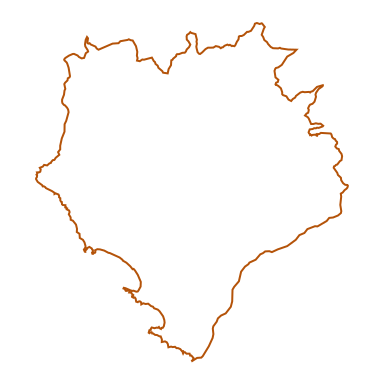 the district of Nasca, Ica, Peru
{"feature_id": "86281439B61745843991716", "entity_name": "Nasca", "entity_type": "district", "adm_level": 2, "iso_a3": "PER", "parent_name": "Peru", "parent_adm1": "Ica", "projection": "albers", "projection_center": [-75.123, -14.994], "detail": "fine", "context": "isolated", "style": "outline", "palette": "amber", "viewbox_px": 384, "rotation_deg": 0, "n_neighbors": 0, "source": "geoboundaries", "source_scale": "gbopen_adm2", "svg_char_len": 5813}
<svg xmlns="http://www.w3.org/2000/svg" viewBox="0 0 384 384"><path d="M304.4,233.0L307.4,229.1L315.0,226.2L317.5,226.4L326.7,221.0L329.2,217.9L333.1,217.5L338.0,215.5L340.9,213.1L341.3,211.2L340.3,204.9L341.2,196.6L340.8,193.6L342.7,192.5L344.6,190.1L346.4,188.8L347.4,187.6L347.9,185.8L347.4,185.0L345.2,184.8L343.1,183.2L341.2,180.2L340.9,177.7L337.9,174.9L337.3,172.9L333.7,167.8L334.0,166.4L335.0,166.0L336.0,164.9L337.3,164.5L339.8,161.2L341.5,160.1L342.1,156.2L341.5,153.9L339.2,150.9L338.7,149.0L336.9,148.5L335.3,146.6L335.9,144.8L337.1,143.6L337.1,142.0L335.6,140.5L335.1,139.2L333.6,138.6L332.2,137.2L331.4,134.4L330.7,133.5L320.9,132.9L319.2,134.0L317.9,134.1L316.6,136.6L317.2,134.7L316.3,133.3L316.8,135.0L314.5,134.7L312.6,134.9L311.6,135.5L311.1,134.9L310.1,135.1L310.0,134.0L309.1,133.5L308.6,132.3L309.7,129.4L312.7,129.0L314.1,128.2L315.9,128.3L317.0,127.7L318.7,127.9L322.7,126.4L323.2,125.8L320.6,123.7L318.2,123.8L315.9,123.3L313.2,124.0L311.1,124.0L308.8,118.6L307.8,117.2L305.0,115.5L306.5,113.6L308.2,112.7L308.8,109.9L308.1,108.2L309.4,105.5L310.2,104.6L312.5,103.8L314.5,101.7L316.0,96.8L315.5,94.6L316.1,92.7L318.5,89.1L322.1,86.6L322.9,85.7L322.8,85.2L317.0,86.9L312.7,91.2L311.1,91.6L310.1,92.5L309.1,91.9L304.7,92.2L302.7,91.8L300.4,92.5L295.9,96.0L295.2,97.5L292.7,99.1L291.2,101.0L288.5,99.6L286.4,96.3L283.0,95.1L282.2,94.2L282.2,92.2L280.9,88.3L278.4,86.0L276.7,85.0L275.9,85.0L275.5,84.4L276.1,82.7L277.8,82.0L278.4,79.8L275.5,77.4L274.5,70.9L275.3,68.7L275.9,68.0L278.2,67.4L281.8,64.9L287.2,56.6L293.4,53.0L296.5,49.7L288.1,49.5L281.1,48.5L279.9,47.8L278.2,48.4L273.0,48.2L270.7,46.9L268.0,43.9L267.1,42.2L264.3,40.0L263.2,37.0L261.7,34.8L263.9,28.5L264.8,27.0L262.1,23.5L261.6,23.3L259.7,24.0L256.9,23.0L254.9,23.7L254.2,25.9L251.0,30.8L248.3,31.9L247.0,31.9L243.8,35.0L241.7,36.0L240.0,36.0L238.9,36.5L238.5,39.4L236.9,41.7L235.2,45.4L234.4,46.2L232.6,45.8L231.9,46.1L229.9,44.8L228.8,45.3L227.4,44.6L224.5,45.8L222.9,47.3L221.7,47.5L220.8,48.2L219.0,46.8L215.8,46.1L213.3,47.6L207.9,47.7L205.5,49.1L202.2,52.4L200.1,54.0L199.1,53.8L197.6,52.2L196.6,48.3L196.3,46.6L196.9,43.7L196.5,41.6L196.9,39.8L195.5,34.1L191.2,32.9L190.3,32.1L188.9,33.7L187.1,34.8L186.6,36.3L186.8,39.6L188.5,41.4L190.3,44.6L189.1,47.1L186.7,49.5L185.9,51.5L184.8,52.7L182.4,52.8L179.1,54.1L177.0,54.2L176.2,55.2L176.1,56.2L173.1,58.7L172.5,59.8L171.3,60.3L171.0,65.2L168.6,69.1L167.7,73.4L163.1,72.7L162.3,71.1L158.4,67.8L157.7,65.7L155.5,63.9L155.0,62.1L153.8,61.1L151.9,57.6L144.0,59.7L142.3,59.5L139.8,61.2L137.0,60.6L137.6,58.1L136.9,55.7L137.3,51.8L136.0,46.2L132.7,40.5L130.7,40.2L128.8,39.3L127.7,39.9L120.4,41.2L118.5,43.2L112.6,43.6L98.5,49.7L96.7,48.5L95.5,46.6L90.6,44.4L89.6,43.2L88.4,43.6L87.6,43.2L87.4,42.5L88.0,38.3L87.0,37.0L85.7,39.8L85.0,44.3L85.3,46.4L87.7,50.2L88.1,51.6L85.8,53.2L84.1,57.9L81.7,58.4L79.0,57.0L77.6,55.5L74.0,53.9L72.7,54.0L69.0,55.6L65.3,58.0L64.2,59.4L64.4,60.3L66.7,62.5L67.3,63.8L68.6,67.7L70.0,76.2L69.5,77.4L67.8,78.3L67.5,80.4L65.1,82.7L64.3,84.1L65.3,88.9L64.5,90.6L64.0,94.7L62.1,99.6L62.1,101.7L62.4,103.1L63.9,104.9L64.9,105.3L67.0,107.6L68.1,109.5L68.6,112.2L66.2,120.9L64.6,124.2L64.5,131.7L61.8,138.4L60.2,145.7L60.2,149.4L58.1,152.1L59.3,154.8L55.7,157.8L54.4,159.9L52.7,160.2L51.2,162.0L50.9,162.9L49.4,163.4L47.2,165.4L44.1,164.9L42.8,166.6L39.8,167.8L40.7,169.5L40.3,171.6L39.6,172.2L37.0,172.4L37.4,173.4L36.5,174.7L37.1,175.3L36.9,177.1L36.1,178.3L36.1,179.2L37.7,181.9L42.2,185.2L42.7,186.4L43.8,186.3L45.3,187.2L45.9,188.1L52.0,191.1L54.5,192.8L54.5,194.0L55.7,193.4L58.5,194.5L59.1,195.9L59.1,197.3L60.3,198.2L60.3,200.4L61.1,201.8L61.8,202.0L62.0,204.3L62.8,205.0L65.4,205.2L65.3,206.4L65.9,207.0L65.5,207.5L66.3,207.8L66.5,208.9L67.2,208.7L67.2,209.6L69.1,210.5L69.6,212.1L68.8,214.3L70.6,217.3L70.7,219.8L72.9,220.7L76.0,224.6L77.0,228.8L76.8,232.0L79.5,233.8L79.8,238.0L82.9,239.8L84.5,242.4L85.5,246.0L85.5,247.3L83.9,249.6L84.8,251.7L85.3,251.8L85.3,250.6L86.8,249.2L87.2,248.1L89.4,246.9L91.8,248.5L92.1,249.5L92.9,250.1L92.9,251.4L92.0,252.7L92.4,253.8L93.2,253.8L94.0,252.8L94.9,252.8L95.4,252.0L95.1,250.3L97.3,249.2L100.0,249.4L104.3,250.6L108.4,252.8L109.7,253.0L119.6,257.5L122.5,259.8L122.8,260.6L126.4,262.7L130.3,266.3L132.6,269.2L133.6,268.9L135.0,270.5L137.8,274.9L140.8,281.9L140.6,286.6L138.4,290.6L137.7,291.5L136.3,291.7L133.5,290.7L132.5,290.9L130.6,290.4L125.5,288.2L123.8,287.8L123.5,288.5L124.8,289.0L125.7,290.8L126.8,290.9L129.1,290.2L129.5,291.7L129.2,292.5L131.3,292.6L131.7,293.7L133.3,295.0L132.9,296.3L132.0,296.3L132.1,297.0L133.7,297.8L134.7,297.4L135.6,298.5L136.2,301.7L137.8,302.2L138.3,301.6L139.8,301.3L141.1,302.3L141.3,304.4L143.2,303.3L145.6,304.0L148.2,303.7L151.1,306.1L153.0,306.7L154.1,308.3L157.8,309.6L159.6,311.3L163.1,316.3L164.3,320.0L164.6,322.7L163.8,326.3L162.7,327.9L161.6,327.9L161.0,329.0L159.6,328.2L158.9,327.0L157.9,327.8L156.6,327.6L154.6,328.2L151.7,327.5L150.8,328.8L150.8,329.8L149.4,330.2L148.7,332.7L149.4,333.2L150.4,332.4L151.6,332.2L152.2,333.5L153.0,333.4L155.1,334.9L156.9,335.0L159.6,336.4L160.7,336.4L161.9,339.5L161.8,342.0L165.0,341.4L166.8,342.3L167.8,344.0L168.4,347.3L171.1,346.6L172.6,347.1L175.0,346.8L176.5,348.1L178.0,348.1L180.3,349.1L181.9,351.1L183.2,351.1L183.5,351.8L182.8,352.8L183.1,353.5L183.6,352.5L184.9,352.2L186.5,353.7L189.6,353.7L190.2,355.6L191.3,355.5L193.5,358.0L192.7,360.2L192.0,360.6L192.2,361.0L197.1,357.9L201.3,357.6L202.8,356.1L208.8,346.3L212.6,338.0L213.4,334.1L212.8,328.6L213.3,326.3L216.7,321.7L217.9,318.4L221.1,315.5L225.7,313.4L230.8,306.8L232.2,301.4L232.5,289.7L234.2,286.8L238.9,281.3L241.1,271.7L245.0,266.6L248.4,264.2L249.4,262.6L255.7,259.7L260.3,254.3L262.9,253.2L265.2,251.4L269.3,251.2L271.9,252.1L277.7,249.4L287.2,246.1L295.8,239.8L299.4,235.1L304.4,233.0Z" fill="none" stroke="#b45309" stroke-width="2"/></svg>